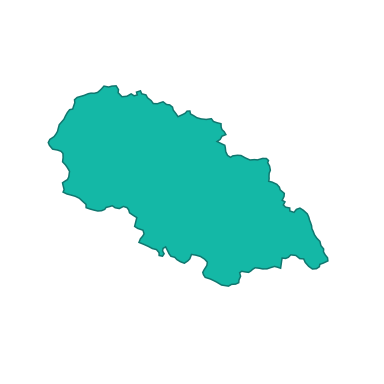 outline of Itapirapuã Paulista, São Paulo, Brazil, rotated 112°
{"feature_id": "56859067B83985397288450", "entity_name": "Itapirapuã Paulista", "entity_type": "district", "adm_level": 2, "iso_a3": "BRA", "parent_name": "Brazil", "parent_adm1": "São Paulo", "projection": "equal_earth", "projection_center": [-49.22, -24.557], "detail": "fine", "context": "isolated", "style": "filled", "palette": "teal", "viewbox_px": 384, "rotation_deg": 112, "n_neighbors": 0, "source": "geoboundaries", "source_scale": "gbopen_adm2", "svg_char_len": 3053}
<svg xmlns="http://www.w3.org/2000/svg" viewBox="0 0 384 384"><g transform="rotate(112 192 192)"><path d="M169.1,76.9L167.2,82.0L166.5,85.9L169.0,88.7L172.7,89.8L172.9,94.2L170.2,95.4L171.0,99.6L169.8,102.5L166.3,102.1L165.9,105.3L161.7,105.0L158.7,105.9L157.0,111.0L154.8,112.8L153.1,116.2L152.8,121.3L153.3,124.9L151.0,125.4L148.3,126.6L145.6,127.5L142.5,127.5L138.9,129.8L136.5,132.8L134.1,132.9L133.1,135.6L134.4,139.1L137.7,143.3L138.6,146.3L140.6,150.2L140.4,155.4L139.8,160.2L140.9,163.6L143.2,167.7L145.4,169.3L144.8,172.7L142.0,175.8L138.3,177.8L136.4,179.1L136.2,182.8L135.8,187.7L132.7,185.6L129.0,185.1L126.1,182.1L124.1,184.6L122.9,187.6L120.9,189.3L117.8,190.7L118.4,194.7L118.6,198.5L116.8,201.5L119.4,206.0L120.8,210.9L121.3,215.4L120.6,219.1L120.2,222.6L117.7,224.3L118.9,226.9L121.3,227.7L123.4,229.4L127.4,233.2L125.5,236.0L123.1,240.1L120.6,241.9L119.6,245.3L120.4,248.4L119.2,252.6L121.3,255.1L123.1,257.1L124.5,261.0L122.6,264.1L121.3,268.6L119.2,271.1L119.8,275.4L117.5,277.7L120.2,280.9L122.5,279.1L124.5,281.7L123.8,285.2L127.6,288.2L129.9,292.6L127.6,297.7L124.6,298.5L122.0,302.1L123.8,305.9L125.9,308.6L126.8,313.3L130.2,314.5L132.5,315.5L135.1,316.9L137.1,319.6L138.2,322.7L139.7,325.0L143.0,328.4L147.3,333.9L150.5,335.5L153.1,334.1L157.3,333.9L159.8,333.7L161.5,336.3L164.9,337.3L168.8,337.8L172.6,338.0L179.3,340.3L183.4,339.8L186.2,339.4L189.1,339.8L192.3,340.6L196.5,343.5L200.0,343.8L202.2,341.6L204.5,337.3L203.5,332.5L203.3,328.7L204.6,326.1L208.4,324.4L212.5,323.3L214.3,319.4L216.0,316.8L218.7,313.3L224.2,311.9L227.1,312.1L230.0,314.2L232.0,315.5L234.2,314.0L237.6,311.5L240.4,311.5L240.7,307.3L240.2,303.4L239.7,298.6L240.0,294.1L241.7,289.7L243.2,285.6L246.2,284.3L246.0,280.3L245.5,276.0L244.9,272.2L243.2,268.8L240.8,266.4L238.5,265.9L236.3,262.8L234.6,260.8L235.4,257.4L234.6,253.2L231.1,250.2L230.8,246.5L232.3,244.0L234.7,242.1L235.7,237.6L236.4,233.6L245.4,232.3L246.1,228.7L245.8,223.1L248.8,220.8L251.4,221.2L254.7,222.3L258.6,222.3L258.6,217.1L258.8,212.0L259.3,207.6L258.7,203.4L260.6,199.8L263.2,198.7L262.6,195.3L259.7,194.7L257.7,197.2L255.1,197.7L252.8,195.9L255.6,192.6L257.8,190.2L259.5,187.5L259.0,183.5L260.3,180.7L261.0,176.7L260.9,172.4L257.5,170.1L254.8,169.0L250.1,169.1L249.1,164.8L248.6,160.0L249.5,155.2L251.3,151.5L254.5,150.7L259.9,151.7L262.5,151.9L264.4,150.4L266.2,147.8L265.8,142.5L266.0,138.8L266.3,135.4L267.2,129.8L266.3,125.9L265.6,122.9L262.8,120.7L261.1,117.1L258.6,114.7L255.9,115.5L251.9,115.4L249.0,117.6L246.9,116.2L246.2,112.8L245.3,109.4L243.2,107.9L241.0,106.8L238.6,105.1L237.5,101.2L236.9,97.8L235.1,93.6L232.5,90.6L230.1,87.6L229.7,84.6L229.5,81.3L225.8,82.2L222.2,83.1L219.5,83.7L218.6,80.4L216.5,78.2L213.3,76.9L211.9,71.9L213.4,67.1L212.2,63.4L214.9,60.6L217.2,56.0L218.3,51.5L216.5,47.9L213.6,45.9L211.2,46.4L208.7,43.6L205.0,40.2L202.2,41.7L200.3,45.1L198.2,47.7L195.5,48.6L193.4,52.4L189.9,54.9L188.0,59.1L185.8,62.4L183.1,64.9L181.1,67.1L178.6,68.4L176.0,70.6L173.9,72.6L171.6,74.3L169.1,76.9Z" fill="#14b8a6" stroke="#0f766e" stroke-width="1.5"/></g></svg>